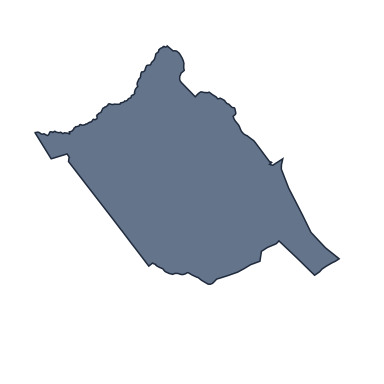 San Juan Bautista Suchitepec, Oaxaca, Mexico (Equal Earth projection), rotated 143°
{"feature_id": "50627088B46515972883740", "entity_name": "San Juan Bautista Suchitepec", "entity_type": "district", "adm_level": 2, "iso_a3": "MEX", "parent_name": "Mexico", "parent_adm1": "Oaxaca", "projection": "equal_earth", "projection_center": [-97.646, 18.005], "detail": "fine", "context": "isolated", "style": "filled", "palette": "slate", "viewbox_px": 384, "rotation_deg": 143, "n_neighbors": 0, "source": "geoboundaries", "source_scale": "gbopen_adm2", "svg_char_len": 4248}
<svg xmlns="http://www.w3.org/2000/svg" viewBox="0 0 384 384"><g transform="rotate(143 192 192)"><path d="M203.7,100.5L196.2,99.4L189.0,98.7L179.4,95.8L178.9,96.3L172.3,102.8L165.1,102.3L155.9,100.0L152.0,100.6L147.7,75.0L144.2,51.7L138.2,51.5L134.4,52.2L129.0,51.9L122.6,51.1L119.2,50.4L114.7,50.1L119.0,67.1L121.3,88.1L117.7,106.7L114.4,125.6L112.5,136.8L106.9,156.5L104.3,159.8L99.5,163.9L103.8,164.2L108.7,164.6L111.5,164.8L113.4,167.4L110.6,167.6L110.9,168.5L111.8,168.1L111.8,172.5L111.7,193.7L111.8,195.8L113.1,200.1L114.2,204.1L114.9,205.0L115.7,207.1L115.9,209.1L116.0,210.7L115.6,212.7L114.7,216.0L114.5,217.6L114.6,220.3L114.7,223.2L114.4,225.3L113.6,227.7L112.2,227.8L110.8,227.8L109.6,228.5L107.6,232.7L107.6,233.0L107.5,233.7L107.6,233.9L108.0,234.2L109.0,235.3L109.4,236.8L109.5,238.3L109.6,238.9L109.8,240.0L110.1,240.6L110.3,240.8L110.6,241.1L110.7,241.3L110.9,241.8L110.9,243.0L111.0,243.2L111.1,243.8L111.1,244.4L111.0,245.0L110.9,245.2L110.9,245.4L110.9,245.5L111.5,246.9L112.3,248.6L113.1,250.1L114.3,250.3L115.4,251.0L115.5,253.4L117.1,257.6L118.2,261.4L119.7,261.9L122.1,263.9L123.0,264.8L123.8,265.9L124.8,266.7L126.5,266.8L127.9,266.8L132.1,266.1L134.6,285.7L134.6,287.9L134.0,289.5L132.1,291.8L130.3,292.7L129.3,293.5L127.0,293.6L125.0,293.8L123.9,296.1L122.9,297.4L122.1,298.4L121.1,299.5L120.0,302.0L119.3,304.7L118.9,308.0L118.7,310.4L119.1,312.3L119.5,313.8L120.7,315.1L122.2,316.1L123.9,323.5L124.3,323.2L125.0,323.4L125.7,323.5L126.1,323.7L126.3,324.2L126.5,324.8L127.0,324.9L127.3,325.5L127.5,325.5L128.7,325.1L130.6,325.7L130.9,325.7L131.5,325.7L132.2,325.4L132.8,325.6L133.4,325.0L134.2,324.4L134.9,324.0L135.1,324.1L135.6,324.2L136.5,324.1L137.1,324.1L137.8,324.0L138.6,323.4L139.4,322.5L140.0,322.1L141.3,321.2L141.7,320.9L142.0,320.7L142.7,320.5L143.5,320.1L145.3,320.0L145.8,319.8L146.6,319.7L147.5,319.1L148.6,318.5L150.3,319.4L151.5,320.1L152.3,320.2L154.0,319.3L156.6,317.4L158.0,317.2L158.7,317.4L160.0,318.2L161.2,317.6L162.9,316.0L163.4,315.3L164.5,314.5L165.8,314.2L166.2,314.3L166.8,314.0L170.1,312.1L171.0,311.1L171.9,308.8L173.3,308.7L175.6,308.0L178.0,306.2L178.3,305.3L180.1,304.8L181.3,305.3L182.2,305.3L182.8,305.2L183.6,304.3L184.0,304.1L184.4,304.1L185.0,304.4L185.9,304.6L186.9,304.7L187.9,304.3L188.9,304.2L190.2,304.5L191.0,305.2L191.4,305.0L191.9,304.9L192.6,304.9L193.1,305.2L194.5,305.6L195.0,306.1L195.8,306.0L196.6,305.5L197.5,306.1L198.6,306.8L200.2,308.1L201.1,308.9L202.4,309.4L203.2,310.0L203.8,310.7L204.6,311.8L205.2,312.4L206.2,312.5L206.9,312.0L208.4,311.9L209.8,311.9L210.3,312.3L211.6,312.2L212.4,312.5L213.1,312.3L213.9,311.9L216.6,310.5L218.3,310.6L219.3,310.9L220.4,310.5L221.1,310.8L221.6,310.4L222.4,310.1L222.4,309.6L222.8,308.7L223.5,308.0L224.3,307.8L225.0,308.0L225.4,308.0L225.8,308.0L226.2,308.5L226.6,309.0L227.0,309.4L227.7,309.4L228.6,308.9L229.3,308.9L230.2,308.6L230.9,308.9L231.3,309.3L232.1,309.2L232.5,309.5L233.7,309.6L234.7,309.5L235.8,310.2L236.7,310.1L238.0,310.6L238.8,311.0L239.5,311.4L239.7,311.9L240.2,312.5L240.5,313.0L240.8,313.2L241.6,313.2L242.0,312.8L242.6,312.7L243.2,312.9L244.2,313.4L245.1,313.7L245.6,314.2L246.9,313.9L247.8,314.0L248.8,313.3L250.2,313.1L251.0,312.9L252.4,313.2L253.7,313.9L254.5,312.1L255.1,312.2L255.5,313.4L258.3,316.1L259.5,316.2L260.2,316.6L260.4,317.4L260.9,318.8L262.2,319.2L263.1,320.0L263.7,320.6L264.2,321.4L264.8,322.1L264.8,322.8L265.5,323.3L266.8,323.2L267.4,323.3L267.5,324.1L268.8,325.3L269.6,325.4L270.7,324.7L272.1,324.0L273.6,324.2L274.3,325.6L274.7,326.5L274.8,327.1L275.4,327.7L276.5,328.1L277.4,328.9L277.8,330.1L278.0,331.0L278.5,331.9L279.2,332.7L280.1,333.1L281.0,333.5L281.4,333.9L281.7,333.7L284.5,303.3L284.4,303.2L268.9,297.6L269.1,293.5L269.8,293.2L272.3,290.6L272.0,261.8L271.5,222.3L271.4,208.9L271.4,205.0L271.3,203.6L271.3,186.9L271.2,180.5L271.1,158.8L266.3,159.0L265.5,157.2L264.8,156.5L264.6,156.0L264.9,155.5L264.6,154.1L263.3,151.3L261.5,148.2L261.5,145.9L261.3,144.5L259.2,140.6L256.9,137.8L254.9,137.4L253.5,136.4L252.4,135.6L250.3,132.6L248.9,131.5L246.5,130.6L244.6,130.5L243.5,129.7L241.8,125.5L239.5,121.2L238.6,120.0L237.5,115.7L234.6,108.7L232.8,107.3L230.6,106.7L228.1,107.0L224.8,107.6L214.4,103.9L203.7,100.5Z" fill="#64748b" stroke="#1e293b" stroke-width="1.5"/></g></svg>